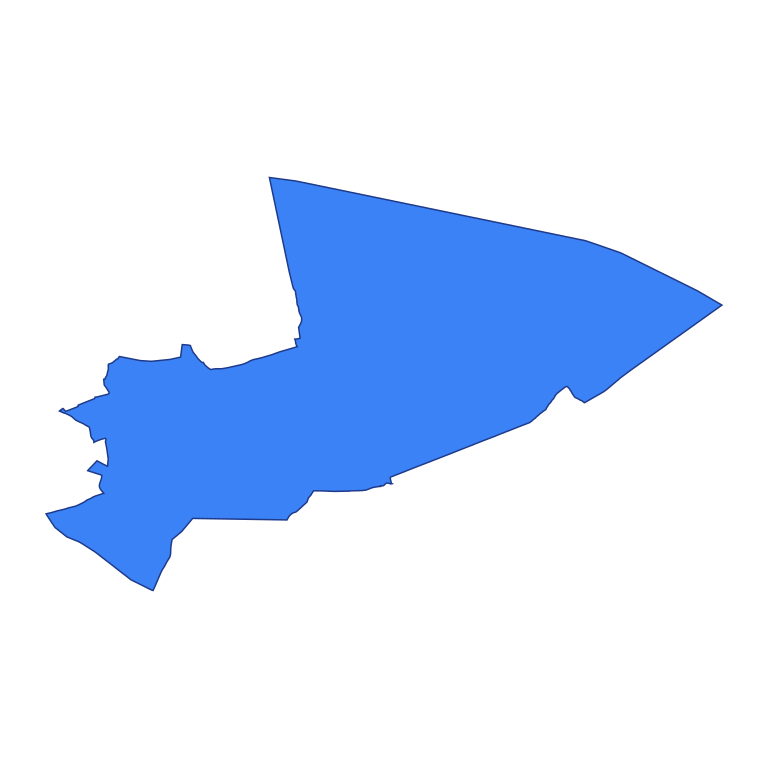 outline of Huizen, Noord-Holland, Netherlands
{"feature_id": "6326949B75136097066874", "entity_name": "Huizen", "entity_type": "district", "adm_level": 2, "iso_a3": "NLD", "parent_name": "Netherlands", "parent_adm1": "Noord-Holland", "projection": "equal_earth", "projection_center": [5.224, 52.296], "detail": "fine", "context": "isolated", "style": "filled", "palette": "blue", "viewbox_px": 768, "rotation_deg": 0, "n_neighbors": 0, "source": "geoboundaries", "source_scale": "gbopen_adm2", "svg_char_len": 5855}
<svg xmlns="http://www.w3.org/2000/svg" viewBox="0 0 768 768"><path d="M269.4,177.5L289.3,272.1L292.8,286.4L293.5,288.7L295.3,290.9L295.6,292.4L295.6,293.0L296.2,296.6L296.2,297.1L296.5,298.3L296.8,299.3L296.9,300.0L296.8,301.5L297.0,302.8L297.3,305.0L298.1,306.3L298.4,307.2L299.0,311.2L299.5,312.9L300.5,315.1L300.9,316.0L301.3,316.7L301.4,317.0L301.6,317.7L301.6,318.1L301.6,318.9L301.6,319.3L301.6,320.6L301.3,321.9L301.0,322.5L300.9,323.2L300.2,324.4L298.6,327.3L300.1,338.3L297.2,338.9L296.0,339.1L294.8,339.1L295.4,340.8L295.6,342.4L295.8,343.6L296.2,344.7L296.6,345.6L297.2,346.7L293.2,347.9L286.4,349.9L279.8,351.8L271.2,354.9L262.0,357.6L258.0,358.6L253.3,359.6L251.4,360.4L250.9,360.5L249.3,361.3L248.1,362.0L247.5,362.3L246.4,362.9L245.5,363.2L245.3,363.3L244.7,363.5L244.2,363.8L240.8,364.8L239.4,365.1L238.3,365.3L236.2,365.8L234.0,366.3L228.2,367.6L225.0,368.2L221.8,368.7L220.0,368.8L217.5,368.7L215.2,368.8L212.8,369.1L211.4,369.5L210.9,369.6L210.4,369.3L208.5,368.2L205.2,365.3L204.5,364.4L203.6,362.9L203.2,362.4L202.1,362.5L201.5,362.1L199.8,360.5L197.6,358.2L196.4,356.3L193.2,352.3L193.0,352.1L190.7,346.6L190.5,346.2L190.4,345.8L190.4,345.6L189.2,345.2L188.0,345.0L182.2,344.6L181.5,350.0L180.6,357.1L170.2,359.4L161.3,360.3L156.7,360.8L151.3,361.3L140.4,360.6L119.4,356.5L117.7,358.9L116.8,359.1L114.3,361.1L113.8,361.6L112.1,362.9L108.5,364.2L108.2,365.8L108.3,367.2L108.3,368.0L108.3,369.3L108.2,370.0L107.9,370.8L107.5,372.2L107.1,374.3L106.8,375.3L106.6,375.8L106.3,376.3L106.0,376.7L105.8,377.1L105.1,378.4L105.0,379.1L103.7,379.2L104.2,384.8L104.5,385.4L106.1,387.5L108.9,392.0L109.0,392.2L109.1,392.6L109.1,392.9L109.1,393.1L109.1,393.3L108.9,393.5L108.7,393.7L108.5,393.8L108.0,394.1L107.5,394.3L106.8,394.5L97.6,396.8L95.0,397.2L95.0,397.6L94.8,398.0L94.6,398.4L94.4,398.6L94.2,398.8L93.8,398.9L78.2,405.1L78.1,405.5L78.3,405.8L78.3,406.1L78.2,406.2L78.1,406.4L77.8,406.5L76.5,407.2L65.8,411.3L65.7,411.4L65.5,411.2L63.2,408.6L62.7,408.5L61.1,409.7L61.3,409.8L61.4,410.0L60.7,411.0L59.9,410.7L59.7,410.7L59.6,410.8L59.4,411.0L63.8,413.0L65.7,413.5L65.9,413.6L69.9,415.5L71.7,416.6L72.0,416.8L72.3,417.1L74.3,418.9L74.6,419.2L75.9,420.2L77.2,420.9L79.6,422.0L83.5,423.8L84.7,424.6L85.5,425.1L88.5,426.7L88.8,426.8L89.1,427.0L89.3,427.5L89.6,428.4L90.4,432.6L90.7,435.0L90.9,436.0L91.3,437.2L91.6,437.9L93.2,439.7L93.4,440.0L93.6,440.4L93.7,440.8L93.8,441.0L93.9,442.4L96.2,441.2L97.1,440.9L99.0,440.1L102.0,439.1L105.4,438.3L105.9,439.0L105.9,439.8L105.4,441.7L106.0,444.4L106.9,449.5L108.0,457.4L108.3,457.5L107.6,465.8L107.5,466.2L103.5,464.3L97.0,460.8L90.5,467.6L88.7,469.5L88.2,470.0L87.7,470.7L101.8,475.2L101.5,478.2L100.4,481.5L99.7,483.7L99.4,484.8L99.3,486.0L99.6,487.4L100.1,488.6L100.7,489.6L101.7,490.9L103.8,493.2L98.6,495.0L95.4,496.0L94.5,496.4L92.9,497.1L90.6,498.5L89.4,499.0L87.5,499.8L86.9,500.1L86.5,500.4L85.1,501.4L84.1,502.1L81.1,503.6L80.1,504.1L78.9,504.7L77.1,505.5L75.7,506.1L68.8,507.8L64.4,509.2L57.1,510.9L51.8,512.5L46.1,513.8L47.0,515.4L50.9,521.4L53.3,524.9L54.6,526.9L55.0,527.3L55.3,527.7L59.7,531.2L62.5,533.4L66.7,536.8L71.3,538.7L74.2,539.9L78.7,541.7L82.4,543.8L87.3,547.0L93.8,551.1L95.4,552.2L107.4,561.5L108.1,562.0L108.9,562.6L119.6,571.0L126.5,576.3L128.0,577.5L128.8,578.1L130.9,579.8L132.4,580.5L133.9,581.3L135.0,581.8L138.0,583.3L150.0,589.3L150.4,589.5L152.6,590.4L153.1,590.5L155.8,584.5L157.3,581.0L159.4,576.0L161.0,572.4L162.1,570.1L163.4,568.1L164.9,565.6L166.8,561.9L167.2,561.3L169.3,558.0L169.9,556.9L170.1,556.2L170.3,555.4L170.6,553.7L170.8,548.2L171.1,545.0L171.5,542.7L172.1,539.5L181.7,531.5L192.7,518.4L235.7,519.1L285.3,519.9L286.9,520.0L287.8,518.4L288.6,517.1L289.2,516.1L289.8,515.5L290.0,515.3L291.5,513.9L292.3,513.3L292.5,513.2L293.8,512.7L295.8,512.0L296.2,511.8L296.4,511.7L296.7,511.4L297.2,511.0L298.7,509.7L299.3,509.1L301.3,507.3L303.4,505.3L304.7,504.2L306.6,502.4L306.8,502.2L307.0,501.9L307.1,501.7L307.8,499.7L308.3,498.2L308.5,498.0L308.6,497.7L309.5,496.7L310.1,496.0L311.2,494.7L311.5,494.0L313.4,491.2L313.6,490.8L322.1,490.9L331.6,491.3L334.5,491.4L335.3,491.4L349.3,491.1L351.7,490.8L354.7,490.8L356.1,490.7L360.7,490.6L362.5,490.5L365.1,490.2L365.7,490.1L367.3,489.6L368.9,489.0L372.2,487.7L375.0,487.1L379.2,486.5L380.7,486.4L380.5,485.9L383.3,485.7L383.6,485.5L384.0,485.3L384.2,485.1L385.6,483.7L386.2,483.3L386.6,483.1L387.0,483.0L388.3,483.2L389.4,483.4L390.7,483.9L391.3,483.8L391.6,483.8L392.0,483.7L391.6,483.5L391.4,483.3L390.2,478.1L390.2,477.7L390.3,477.4L390.5,477.2L390.9,477.0L391.3,476.8L415.4,467.3L436.3,459.2L461.2,449.4L483.5,440.6L485.6,439.8L490.8,437.8L494.8,436.3L496.4,435.6L498.6,434.7L518.7,426.8L529.6,422.6L530.5,421.9L531.2,421.5L531.7,421.0L532.5,420.4L533.0,419.8L533.6,419.4L534.3,418.8L535.0,418.4L535.6,417.9L536.0,417.3L537.5,415.9L538.3,415.4L539.4,414.2L540.2,413.7L540.8,413.2L541.3,412.8L541.9,412.4L543.2,411.3L543.9,410.7L544.5,410.5L545.7,409.6L545.9,409.4L546.6,407.9L546.7,407.6L547.7,406.3L547.9,405.8L548.5,404.7L549.3,403.9L549.8,403.2L550.4,402.8L551.5,401.1L551.8,400.7L552.0,400.2L552.8,399.5L553.7,398.5L554.1,397.6L554.6,397.0L554.8,396.6L554.8,396.1L555.0,395.8L556.8,393.7L557.1,393.3L557.5,393.0L558.2,392.6L559.0,391.9L559.8,391.2L561.2,390.1L563.0,388.7L565.5,386.9L566.0,386.7L566.9,386.5L567.1,386.5L567.8,386.8L568.2,387.7L568.7,388.1L569.1,388.3L569.7,389.2L569.8,389.6L570.5,390.6L570.6,390.8L570.9,391.1L571.2,391.5L571.6,392.4L572.1,393.2L572.3,393.6L572.9,394.5L573.3,395.0L574.1,396.4L574.3,396.6L574.6,396.9L575.1,397.5L577.0,398.3L579.2,399.5L580.1,400.1L581.5,400.6L582.4,401.1L583.1,401.8L583.8,402.2L584.2,402.6L584.6,402.7L588.9,400.2L596.4,395.9L601.0,393.3L604.0,391.5L606.7,389.5L615.0,382.5L620.9,377.5L629.6,371.0L721.9,305.1L697.4,290.8L620.8,252.9L585.8,240.8L464.7,215.8L295.8,181.0L269.4,177.5Z" fill="#3b82f6" stroke="#1e3a8a" stroke-width="1.5"/></svg>